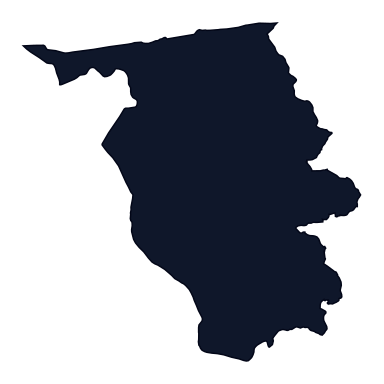 Aceh Tenggara, Aceh, Indonesia
{"feature_id": "22746128B65780821536148", "entity_name": "Aceh Tenggara", "entity_type": "district", "adm_level": 2, "iso_a3": "IDN", "parent_name": "Indonesia", "parent_adm1": "Aceh", "projection": "mercator", "projection_center": [97.723, 3.338], "detail": "fine", "context": "isolated", "style": "filled", "palette": "ink", "viewbox_px": 384, "rotation_deg": 0, "n_neighbors": 0, "source": "geoboundaries", "source_scale": "gbopen_adm2", "svg_char_len": 5935}
<svg xmlns="http://www.w3.org/2000/svg" viewBox="0 0 384 384"><path d="M273.0,338.1L272.8,338.0L274.7,335.5L278.1,331.3L278.7,330.8L282.0,329.6L283.2,329.5L285.4,329.9L286.5,330.3L287.9,330.4L289.8,329.4L291.8,329.4L296.0,326.8L297.8,327.1L300.4,328.0L302.9,327.0L303.5,327.0L305.1,327.5L306.5,327.3L308.5,327.6L309.4,329.2L310.4,330.1L311.1,330.5L314.4,331.4L315.7,332.4L318.8,333.5L320.2,334.6L322.2,335.1L324.4,332.8L325.5,330.8L326.7,329.5L327.0,328.5L326.7,326.5L324.1,321.3L323.7,320.2L323.6,319.2L323.5,317.7L323.8,315.6L324.6,314.4L325.8,313.1L325.9,312.1L325.7,311.6L325.2,311.1L321.7,309.1L320.2,308.5L320.1,308.0L320.2,304.9L320.6,303.1L320.9,302.3L322.5,300.6L323.5,300.1L324.0,299.5L324.3,300.2L325.0,300.7L325.7,300.1L326.3,300.0L327.4,300.2L328.0,299.9L328.6,300.4L328.2,300.8L328.1,302.2L327.4,302.8L327.4,303.2L328.1,303.9L328.3,303.4L328.7,303.3L329.3,303.9L330.4,303.7L332.6,303.9L334.4,303.0L336.1,302.3L338.4,300.9L338.9,300.2L339.0,298.8L339.3,298.4L340.8,298.1L341.6,297.3L341.8,296.7L341.6,294.4L340.3,290.9L340.3,289.7L341.3,285.3L341.0,282.0L339.2,277.9L337.3,275.3L337.6,274.9L336.2,272.2L334.0,271.3L333.4,270.7L327.1,266.0L323.6,263.7L324.4,261.2L325.4,258.9L324.9,257.7L324.1,251.3L324.5,251.4L324.9,249.3L325.7,248.2L324.7,246.5L323.3,247.0L323.1,246.5L322.0,245.5L322.4,245.0L322.0,245.4L321.1,244.7L320.3,243.4L318.8,239.2L318.1,238.3L317.0,237.0L314.8,236.1L313.0,235.8L309.7,235.6L307.2,234.7L306.5,234.1L305.1,233.2L304.9,232.1L303.3,232.1L302.5,232.5L301.8,233.1L300.4,233.1L298.9,231.8L295.7,228.3L295.8,228.1L295.7,227.7L296.9,226.6L298.2,225.8L301.1,225.3L304.0,225.6L305.4,225.4L306.5,225.0L307.3,223.9L308.4,223.1L311.2,223.1L313.1,222.3L317.0,222.4L322.8,221.9L322.9,220.6L322.5,219.3L323.9,219.7L324.7,219.4L325.8,219.6L326.5,219.5L328.3,217.5L328.8,216.4L329.1,214.3L329.6,214.5L330.2,214.4L334.6,212.9L334.9,212.9L335.0,213.7L335.3,214.3L335.3,215.0L335.5,215.6L335.4,216.3L336.4,216.8L337.7,216.5L338.0,216.0L339.0,215.7L339.7,215.8L339.9,215.0L340.7,214.9L341.1,215.4L344.0,215.5L345.9,215.2L347.0,214.6L348.6,212.3L349.9,211.2L352.0,210.7L353.5,209.8L355.8,206.6L357.3,206.6L357.3,204.1L356.9,202.5L357.1,201.1L358.1,198.6L359.2,197.3L360.6,194.9L358.7,191.8L358.4,190.5L357.9,189.7L357.4,189.3L356.7,189.3L355.2,188.1L354.7,187.4L353.2,183.3L351.5,180.7L349.6,179.0L347.0,177.6L346.6,177.7L345.5,178.8L343.8,178.5L340.1,178.2L339.2,177.9L336.8,175.6L327.6,170.4L327.2,169.3L324.7,170.1L323.3,170.1L320.3,170.8L311.9,170.9L311.6,169.4L310.2,166.9L309.2,165.6L307.9,164.3L307.5,163.4L307.2,163.4L306.9,162.3L306.4,162.4L306.2,162.0L306.4,161.7L307.0,161.5L306.7,160.4L306.8,160.1L310.5,159.9L312.4,159.6L316.4,157.5L317.1,155.8L318.2,154.1L319.9,152.6L320.1,151.1L320.7,150.0L321.6,149.7L321.6,148.3L322.7,145.9L324.8,143.7L325.6,141.9L327.4,139.3L327.8,137.4L328.2,136.7L331.8,133.5L332.0,133.1L331.7,132.5L329.7,132.3L328.7,131.8L328.1,131.4L326.7,129.9L324.2,129.5L321.9,128.8L320.7,128.8L319.6,128.3L317.2,126.9L316.6,126.3L316.2,125.5L317.2,123.4L317.6,121.9L317.6,120.5L316.3,117.5L314.5,114.7L312.9,111.6L312.9,107.6L311.8,104.9L309.6,102.1L308.5,101.3L306.9,100.8L304.7,101.3L301.6,100.4L297.8,98.8L295.5,97.2L294.8,96.4L294.2,94.1L294.3,90.7L292.9,86.7L292.9,84.9L293.2,84.1L295.7,81.6L296.3,80.5L296.3,79.5L295.1,78.1L293.0,76.4L290.8,75.3L288.8,73.4L288.5,72.9L288.5,72.1L288.9,68.0L288.7,67.3L285.9,62.6L285.0,59.3L282.6,56.3L278.8,54.8L277.5,53.3L276.0,51.1L274.7,47.2L268.7,39.1L268.4,36.5L267.6,34.8L266.9,34.1L273.1,28.3L274.1,25.9L276.9,23.0L270.6,23.5L259.1,23.2L247.3,25.1L245.9,25.2L238.3,27.4L226.9,29.0L220.2,29.4L218.3,29.7L210.3,30.3L206.8,30.4L205.5,30.1L202.2,30.4L199.3,29.7L197.8,30.4L196.9,31.1L194.5,34.2L193.7,34.5L166.9,39.0L166.0,37.9L165.4,37.5L164.2,37.6L161.8,38.9L160.1,39.2L158.1,40.6L155.5,40.9L152.4,42.2L148.6,43.4L145.0,43.4L143.0,43.1L141.3,42.2L134.5,42.7L131.6,43.6L127.6,44.3L109.6,46.7L93.6,49.4L72.7,52.1L68.4,52.9L65.4,53.1L63.8,52.9L55.7,50.7L48.1,49.8L47.2,49.5L46.6,49.0L44.8,46.0L43.6,45.3L34.2,45.4L23.4,45.9L26.7,49.0L30.8,52.1L39.2,57.5L46.9,63.0L49.1,63.4L51.9,63.6L52.9,64.0L53.6,64.6L54.3,65.5L55.5,68.2L56.7,73.0L59.1,79.3L59.7,81.9L59.7,84.7L59.9,84.8L61.0,84.7L62.7,84.1L74.3,79.2L76.8,77.7L79.4,75.4L79.9,75.1L84.6,74.4L85.7,73.9L86.4,73.3L88.4,69.9L89.3,68.8L90.2,68.0L91.4,67.6L92.5,67.4L93.8,67.6L94.8,68.0L98.0,71.0L99.6,72.2L103.1,76.0L104.6,76.7L107.0,76.4L109.8,75.3L110.8,74.7L112.4,73.1L114.1,71.1L115.3,69.0L115.8,68.7L118.2,68.8L120.3,69.3L123.4,70.4L124.3,70.9L125.4,71.9L126.6,73.5L127.6,75.2L128.5,77.9L128.6,83.7L128.9,84.7L130.5,87.5L130.7,88.6L130.7,91.7L131.1,94.5L132.6,97.1L133.5,97.9L136.0,99.3L136.8,100.0L137.4,101.6L137.2,104.3L136.3,106.4L135.3,107.1L128.5,108.2L125.7,108.2L124.8,108.6L124.2,109.1L119.7,116.6L108.6,132.9L102.2,143.9L102.1,144.9L105.0,148.9L107.9,152.5L112.8,157.7L118.6,165.9L126.0,182.3L128.5,187.0L130.8,191.9L133.0,194.7L132.6,198.7L131.0,207.1L131.1,209.8L130.5,213.0L130.7,214.3L130.3,218.6L130.8,220.5L131.8,221.8L132.1,222.8L132.2,225.8L131.6,229.7L131.7,231.8L133.6,239.3L134.8,241.6L135.6,243.0L139.2,247.4L143.8,251.9L148.5,258.1L152.0,262.0L154.8,263.8L157.9,265.1L164.8,269.4L171.4,275.1L174.8,278.6L178.9,280.9L181.9,283.0L183.3,283.6L184.3,284.3L185.8,285.6L189.2,289.4L191.1,292.7L193.1,296.9L194.3,300.5L196.4,305.3L198.5,310.6L202.0,317.3L202.4,318.7L202.3,320.2L201.8,321.4L199.0,324.9L198.6,327.6L198.6,332.3L198.8,333.5L198.7,339.5L198.4,341.7L198.9,345.2L199.7,346.2L200.4,348.0L201.5,349.6L202.2,350.3L204.7,351.6L206.9,352.3L211.8,353.1L217.3,353.6L223.8,354.8L231.6,357.2L239.2,358.9L243.5,360.4L246.3,361.0L247.7,360.8L248.3,360.7L249.8,359.4L251.4,357.8L252.0,356.9L253.0,354.8L253.9,352.0L254.0,350.0L254.3,348.4L255.5,346.7L257.3,345.0L261.9,342.2L263.9,341.3L265.4,341.0L266.5,341.1L267.2,342.0L268.2,345.9L268.9,347.0L269.4,347.1L272.4,344.6L273.3,340.9L273.1,339.8L272.5,338.8L273.0,338.1Z" fill="#0f172a" stroke="#020617" stroke-width="1.5"/></svg>